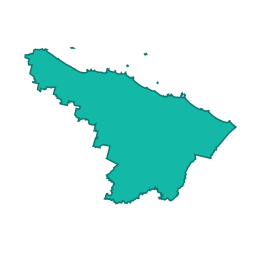 the district of Coffs Harbour, New South Wales, Australia, rotated 274°
{"feature_id": "25037944B5888724581246", "entity_name": "Coffs Harbour", "entity_type": "district", "adm_level": 2, "iso_a3": "AUS", "parent_name": "Australia", "parent_adm1": "New South Wales", "projection": "natural_earth1", "projection_center": [153.061, -30.173], "detail": "fine", "context": "isolated", "style": "filled", "palette": "teal", "viewbox_px": 256, "rotation_deg": 274, "n_neighbors": 0, "source": "geoboundaries", "source_scale": "gbopen_adm2", "svg_char_len": 5841}
<svg xmlns="http://www.w3.org/2000/svg" viewBox="0 0 256 256"><g transform="rotate(274 128 128)"><path d="M136.5,235.6L138.9,232.0L141.6,229.0L140.5,227.2L140.3,226.0L140.9,222.6L143.0,216.9L146.1,211.6L148.9,208.1L149.3,207.2L150.7,207.6L150.8,207.1L150.4,206.8L150.7,206.0L150.2,204.9L150.4,203.5L151.1,201.3L151.7,200.4L152.1,200.5L152.4,199.5L152.2,199.1L151.3,198.8L153.5,193.4L157.1,187.8L160.8,183.8L163.0,182.3L164.9,182.9L165.0,182.4L166.2,181.2L164.6,182.2L162.1,181.4L162.1,180.1L162.8,178.8L165.3,180.1L166.7,179.6L166.1,179.0L164.8,179.5L164.0,178.5L162.3,178.2L162.0,177.4L161.7,176.2L162.2,175.7L161.9,173.9L162.3,171.4L162.8,170.3L163.6,170.3L163.8,169.4L164.6,168.8L164.0,168.3L163.4,168.4L162.9,167.6L163.3,166.1L163.8,165.8L164.4,166.2L164.5,165.7L163.7,164.9L162.5,165.1L161.9,164.6L162.2,163.6L161.5,162.9L162.0,161.1L162.5,161.1L162.1,160.3L163.4,156.9L166.9,151.8L166.5,151.1L166.7,149.5L168.8,144.6L169.7,144.2L169.6,143.5L169.0,143.2L169.0,142.2L170.7,137.8L174.3,132.3L176.4,129.9L178.3,130.2L179.1,129.6L177.9,129.2L178.0,128.3L178.7,127.6L178.1,127.4L178.0,126.9L178.7,125.3L179.6,124.7L179.6,123.9L181.6,122.0L182.6,122.1L182.9,121.7L183.4,121.8L183.3,121.4L182.0,121.3L181.5,120.5L181.6,118.0L182.5,117.5L181.5,117.2L181.1,115.6L181.6,113.0L182.9,111.0L182.7,109.0L183.5,106.0L184.2,104.6L185.5,104.7L185.2,104.1L185.7,103.3L185.1,102.9L184.1,103.1L182.9,102.6L182.2,103.1L181.2,101.3L181.1,99.2L181.8,97.4L181.5,95.7L181.6,94.3L182.4,91.1L183.2,90.7L183.2,90.4L182.4,90.0L182.3,89.0L182.8,87.8L183.8,87.2L183.4,86.7L182.4,86.6L182.1,86.0L182.4,84.1L183.3,83.7L183.3,83.2L182.6,83.0L181.5,83.7L180.8,83.1L180.1,81.9L179.9,79.4L180.3,76.7L180.9,74.8L182.4,71.6L183.5,70.3L183.5,69.5L185.1,66.7L187.2,61.7L191.5,54.2L192.4,53.5L192.0,52.6L195.6,47.2L198.3,42.4L199.6,41.2L200.1,41.1L200.6,41.8L201.0,40.0L200.7,39.6L200.0,39.9L199.8,39.4L200.0,37.8L201.0,37.1L200.6,36.5L199.9,34.0L200.0,30.1L199.6,29.7L199.4,28.8L195.3,28.0L195.6,26.0L194.9,25.9L194.7,24.3L193.8,24.1L194.0,21.7L193.6,20.4L191.1,20.5L189.8,24.8L189.0,24.8L187.3,23.9L184.1,24.6L183.9,24.8L184.2,26.5L184.1,27.9L175.8,26.4L175.0,26.7L174.0,28.7L172.3,30.8L171.2,31.1L170.5,30.8L168.4,33.3L168.6,32.7L167.3,30.5L167.2,29.7L166.9,29.8L166.0,35.9L160.1,35.0L159.9,35.9L158.3,38.0L159.1,38.4L161.3,38.3L160.8,42.0L160.5,42.0L160.8,42.8L161.1,43.5L163.4,44.2L162.8,49.0L163.8,49.9L163.4,51.1L163.6,51.8L163.4,52.9L161.3,52.5L161.4,52.2L156.4,51.3L156.0,54.1L154.9,53.9L154.6,55.5L152.8,55.2L152.2,59.1L151.5,58.8L150.4,59.8L149.6,60.0L149.2,59.9L148.2,58.5L148.0,59.0L147.4,58.9L146.4,65.9L149.5,66.4L149.3,68.0L150.9,67.2L149.9,71.9L150.2,72.5L149.0,72.3L147.1,73.0L146.6,74.3L146.9,74.7L146.1,78.8L143.4,78.4L143.9,75.0L137.4,74.0L136.5,75.4L135.4,75.6L134.6,77.2L134.7,78.4L131.4,77.8L131.6,78.8L133.3,80.0L134.2,82.7L134.1,84.2L133.1,85.3L133.8,85.8L133.4,86.5L133.6,87.2L132.3,88.7L130.4,88.4L129.1,89.4L128.6,92.6L128.8,93.3L128.5,94.5L129.5,95.4L122.8,94.4L123.3,96.4L122.5,96.3L122.8,98.1L116.9,97.1L116.7,98.3L115.2,98.0L115.5,96.3L107.3,94.5L107.6,95.9L106.6,96.8L106.5,97.2L107.2,98.5L106.7,99.2L106.3,101.4L108.2,101.7L109.7,104.3L108.7,111.2L97.6,109.3L96.5,109.6L96.1,108.8L90.8,120.7L87.4,116.6L86.5,116.8L85.2,116.2L83.6,114.4L81.3,112.9L79.6,110.0L79.0,111.0L78.4,110.9L78.2,110.4L77.2,111.0L76.3,110.7L76.6,112.4L76.2,112.3L76.1,112.8L75.4,113.5L74.9,112.7L74.4,112.8L74.7,113.3L74.3,114.1L74.6,115.1L74.3,115.3L73.7,114.9L73.0,115.6L73.4,116.1L72.9,116.6L73.0,117.3L72.2,117.5L71.4,118.2L71.3,117.5L69.9,117.5L68.0,116.6L67.6,116.0L67.0,116.3L65.6,116.1L65.6,116.7L64.2,115.3L63.8,116.1L62.8,116.1L62.4,116.9L60.1,116.2L59.3,114.7L59.8,112.9L61.2,112.2L61.0,111.5L59.0,110.5L57.4,110.6L55.7,109.5L55.5,110.1L55.8,112.7L55.5,113.9L55.9,114.6L54.7,116.4L55.8,118.0L54.4,118.4L54.2,119.1L53.0,119.6L53.1,120.6L51.7,121.3L52.4,123.2L53.3,123.8L53.0,124.7L53.4,125.1L53.3,125.8L52.8,126.4L53.1,127.0L55.1,127.9L54.3,129.3L53.0,130.1L53.1,131.3L52.8,132.2L54.4,133.1L54.2,134.8L53.6,135.5L54.0,135.9L55.2,135.7L55.9,136.5L55.6,137.3L56.0,138.6L57.4,139.4L57.6,140.4L58.8,141.3L58.5,142.1L58.7,143.7L60.1,143.4L61.7,143.8L62.1,144.4L63.1,144.6L63.7,145.1L63.9,146.0L63.2,146.2L62.6,146.8L62.6,147.2L64.1,147.7L64.0,148.2L64.4,148.7L64.1,150.1L65.0,151.2L67.5,152.5L67.6,153.6L68.2,153.7L67.1,154.4L68.8,156.3L68.7,158.8L69.3,159.3L69.9,159.0L70.9,159.4L70.1,159.9L69.5,161.5L68.5,160.7L68.1,162.0L66.5,162.1L66.4,162.9L65.9,163.1L66.0,164.0L65.1,165.1L65.2,165.8L63.9,165.4L63.4,165.6L63.9,166.8L63.8,167.2L61.9,166.4L61.4,165.0L60.9,165.5L60.9,164.5L60.3,164.2L60.4,163.7L59.6,164.2L59.8,165.6L59.2,166.8L60.1,167.5L60.1,168.0L60.5,167.9L59.4,168.6L58.8,169.7L59.7,170.5L60.0,171.4L60.8,172.3L60.3,173.3L58.9,174.3L58.5,175.2L58.6,176.2L59.4,176.8L59.5,177.7L61.2,178.9L64.1,182.1L65.0,181.8L65.6,182.9L66.2,182.6L67.0,182.7L68.1,181.3L68.7,182.0L70.9,182.2L71.4,183.0L71.4,183.7L73.5,185.4L73.8,186.5L77.3,187.5L78.3,188.2L80.2,187.4L80.6,188.0L82.2,189.0L83.0,188.8L83.8,188.0L84.5,188.1L85.0,188.9L85.8,189.2L87.5,188.2L91.0,189.9L92.3,190.0L94.8,191.8L97.9,193.1L98.7,194.7L99.8,195.9L101.4,196.6L101.8,197.7L106.2,196.5L103.6,212.2L104.1,212.2L104.1,212.6L104.5,212.3L104.7,212.6L106.2,212.7L107.1,213.4L107.0,213.9L108.9,214.4L110.4,215.7L111.2,215.3L112.2,216.9L112.4,217.8L115.0,217.3L115.5,217.7L115.4,218.6L129.9,229.0L136.5,235.6ZM202.9,140.6L203.0,139.4L202.4,139.6L202.2,140.3L202.8,141.5L203.5,140.9L202.9,140.6ZM189.4,123.1L189.8,123.9L190.6,123.3L190.1,122.6L189.4,123.1ZM175.6,154.4L175.1,153.9L174.6,154.3L174.9,154.7L175.6,154.4ZM204.0,66.9L203.8,66.7L203.9,68.1L204.3,67.4L204.2,66.5L204.0,66.9ZM141.7,228.2L141.4,228.2L141.7,228.8L141.7,229.2L142.1,229.3L142.2,229.0L141.9,228.9L141.7,228.2ZM183.5,111.5L183.9,111.5L184.1,111.2L183.5,111.2L183.5,111.5Z" fill="#14b8a6" stroke="#0f766e" stroke-width="1.5"/></g></svg>